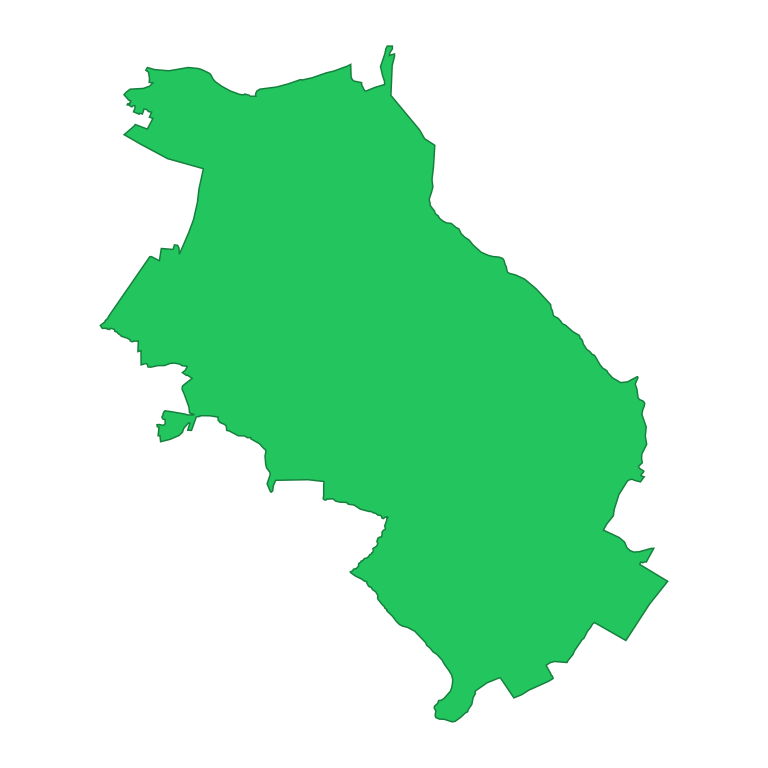 outline of Bocsa, Salaj, Romania
{"feature_id": "2599482B47822802505944", "entity_name": "Bocsa", "entity_type": "district", "adm_level": 2, "iso_a3": "ROU", "parent_name": "Romania", "parent_adm1": "Salaj", "projection": "equal_earth", "projection_center": [22.907, 47.29], "detail": "fine", "context": "isolated", "style": "filled", "palette": "green", "viewbox_px": 768, "rotation_deg": 0, "n_neighbors": 0, "source": "geoboundaries", "source_scale": "gbopen_adm2", "svg_char_len": 6066}
<svg xmlns="http://www.w3.org/2000/svg" viewBox="0 0 768 768"><path d="M513.9,697.9L521.9,694.6L529.0,690.1L548.9,681.1L553.1,678.5L552.4,676.2L550.9,674.8L550.9,673.9L546.1,665.4L550.1,662.7L554.4,661.5L567.0,662.5L568.0,660.5L573.0,654.4L574.5,650.8L582.2,639.6L583.9,638.3L587.5,631.3L590.6,627.4L592.3,624.4L594.4,622.5L625.9,640.5L649.6,604.0L667.7,581.3L639.7,564.4L640.7,562.1L642.6,562.8L644.6,561.9L646.3,562.0L653.8,548.3L650.8,548.5L639.4,551.7L633.9,552.1L630.0,550.5L626.9,547.7L624.5,542.0L619.1,537.5L603.4,530.1L606.7,524.1L613.3,515.9L614.3,509.2L618.9,494.6L627.5,480.9L630.1,479.5L632.3,479.3L634.6,480.4L640.4,481.9L644.2,476.8L641.1,475.9L641.2,474.6L643.8,471.7L643.7,471.0L640.3,468.9L639.2,467.9L638.5,466.4L642.3,462.8L641.6,458.5L641.8,454.1L646.7,444.3L645.3,436.3L646.2,426.9L641.9,414.4L642.7,410.1L644.2,406.2L644.7,403.5L644.1,402.2L642.7,400.8L639.8,399.7L638.1,398.0L637.0,389.5L635.2,384.0L638.0,377.7L637.5,376.7L637.0,376.8L627.3,381.9L620.6,382.6L612.5,377.8L608.0,372.9L607.0,370.9L604.6,369.1L603.3,368.7L600.3,365.2L594.9,355.9L593.7,354.9L592.1,354.4L590.2,351.9L586.7,349.3L583.3,344.0L582.5,340.8L581.3,338.9L580.0,338.1L579.8,336.5L579.1,335.3L572.8,331.6L565.3,325.0L563.3,324.3L561.7,323.0L561.1,321.6L558.0,318.2L553.9,316.1L553.2,314.8L552.3,310.5L551.0,307.9L550.6,304.5L536.3,289.0L524.7,279.2L515.7,275.0L509.2,273.3L507.7,272.4L506.9,270.5L506.3,266.7L505.1,264.6L504.1,260.6L502.6,258.4L499.0,257.1L492.6,256.5L488.1,255.3L481.1,252.2L472.8,244.7L469.1,240.0L465.0,237.4L461.3,233.9L458.9,228.9L456.1,227.5L451.2,223.4L446.5,222.9L443.0,221.1L439.7,218.5L438.2,215.9L435.4,213.8L434.4,210.9L430.1,205.4L430.1,203.0L429.3,200.2L429.5,198.0L431.3,193.0L432.9,187.0L432.0,179.6L433.5,166.7L434.8,145.3L424.6,138.7L419.5,129.8L390.9,95.4L392.2,65.7L394.6,55.9L394.5,53.9L389.3,55.5L390.1,52.3L392.4,48.9L392.4,46.1L387.2,46.1L385.8,49.0L384.9,53.7L380.5,66.7L382.6,75.7L384.5,81.3L384.6,84.5L374.7,87.5L365.9,91.1L365.0,90.9L364.0,89.6L361.6,84.6L361.6,82.6L353.7,81.0L352.1,79.3L351.1,77.0L350.7,64.4L347.4,66.1L333.7,71.1L326.5,72.8L312.1,77.8L302.7,79.9L300.2,79.7L288.5,83.8L276.6,87.0L259.7,89.2L256.7,91.2L255.5,94.1L255.9,96.2L250.1,96.2L249.1,95.2L244.7,94.0L244.0,94.8L239.9,94.5L230.2,90.9L221.6,86.2L215.2,81.6L213.0,79.0L210.5,74.2L209.0,73.1L201.5,69.5L198.2,68.5L188.1,67.5L168.9,70.8L154.6,69.6L147.4,67.5L145.8,70.3L148.2,71.9L148.7,73.0L149.5,78.6L149.2,82.4L152.9,82.9L149.6,86.2L143.4,88.4L130.1,89.2L126.2,92.2L124.0,94.7L128.5,99.9L130.8,100.9L130.9,101.3L129.8,102.6L129.8,103.6L127.5,103.9L127.2,104.9L129.0,105.0L131.2,106.7L132.0,106.8L133.3,105.6L134.8,105.6L135.1,107.9L133.5,111.8L139.1,114.2L139.5,113.3L142.4,114.0L144.1,108.8L145.3,109.1L147.5,110.1L148.2,111.5L151.6,112.2L149.4,117.2L152.9,118.4L147.3,129.1L135.2,124.5L134.2,126.0L124.1,134.7L140.6,144.2L167.7,158.7L203.4,168.7L199.0,188.8L197.4,202.4L193.5,219.7L188.8,232.4L179.7,253.5L179.3,253.6L179.0,248.3L178.2,246.3L177.5,245.3L174.4,244.9L173.3,249.1L172.5,249.4L161.3,248.5L159.4,260.8L151.4,256.6L149.8,256.7L111.2,312.6L108.2,317.1L108.1,318.0L105.2,320.7L105.1,321.7L100.3,325.5L102.3,328.4L107.0,328.3L107.3,329.2L109.7,329.5L110.1,328.4L110.8,328.3L114.1,329.3L114.8,330.1L114.8,331.3L117.3,332.3L118.2,333.6L120.8,335.4L121.2,336.2L127.4,338.2L130.2,339.9L130.3,341.0L132.5,341.8L133.9,341.1L138.3,341.2L137.9,351.6L141.0,350.7L141.1,364.9L145.6,363.5L147.4,364.5L147.9,366.9L150.7,367.2L158.0,365.6L164.3,365.6L170.3,363.4L174.6,363.1L180.0,364.2L182.0,365.7L187.1,366.3L187.1,366.9L185.1,370.4L182.4,372.6L186.4,375.4L187.3,375.1L192.1,378.3L183.1,385.5L182.3,386.5L182.1,389.4L184.3,394.2L189.0,407.4L189.5,412.8L193.9,414.5L193.4,415.0L187.0,414.9L185.3,414.1L170.2,411.5L165.0,410.8L164.2,411.4L162.9,414.1L163.1,415.0L161.9,417.0L162.8,419.0L165.0,419.4L165.2,423.3L164.4,424.8L162.8,425.3L159.4,424.5L157.0,424.7L157.2,426.7L159.0,427.2L158.1,435.7L160.0,435.8L160.6,441.7L170.3,439.3L179.2,435.4L182.4,432.3L183.8,428.3L188.4,423.0L189.9,423.1L187.7,430.2L191.5,430.4L196.3,417.0L196.7,416.8L199.9,416.4L200.1,415.7L204.4,415.7L210.0,415.8L218.1,417.1L218.1,420.1L220.0,422.5L224.7,424.5L226.2,425.9L226.7,430.4L229.3,431.0L238.4,435.8L244.4,435.9L247.7,437.8L250.6,437.4L250.8,438.8L259.4,443.7L264.2,448.9L265.2,449.2L265.9,451.6L265.0,456.0L265.7,464.4L266.7,468.1L269.6,471.9L270.2,473.4L270.0,475.3L267.1,483.8L270.5,491.8L271.4,492.1L272.7,490.8L273.3,485.9L275.7,480.3L307.9,479.7L323.8,481.5L324.1,482.2L323.7,484.3L323.7,495.1L323.2,498.8L324.6,500.0L325.9,500.0L327.1,499.1L333.2,498.9L335.8,501.2L340.3,502.2L346.0,502.4L347.9,503.5L348.2,504.2L354.0,505.0L360.4,509.2L369.5,511.6L370.7,511.4L373.8,513.0L375.6,513.3L377.9,515.1L380.5,515.4L381.6,516.4L381.8,517.8L382.4,518.3L383.6,518.6L384.7,517.3L387.4,516.9L387.9,517.3L386.8,518.5L386.6,520.7L384.6,526.1L385.4,528.0L385.2,529.2L383.1,530.6L382.0,532.2L382.1,534.3L381.6,536.9L379.7,537.1L377.9,538.2L376.9,541.3L377.7,543.6L377.1,545.5L375.5,547.0L372.9,548.5L373.3,550.5L372.9,552.2L371.7,553.0L371.6,553.7L369.6,554.8L368.5,556.8L366.1,558.3L364.4,558.5L362.7,560.6L361.2,561.0L360.7,562.3L359.4,562.9L358.5,564.1L358.6,566.1L356.3,568.5L353.5,569.2L352.6,570.8L350.3,571.9L350.6,572.6L355.5,576.1L361.7,579.1L364.0,580.9L366.6,581.7L367.0,583.5L368.5,586.1L369.5,586.9L371.0,587.1L372.5,589.6L375.8,591.9L378.1,596.1L377.5,597.3L378.1,599.5L382.9,605.4L384.1,606.3L384.9,608.2L387.0,609.5L386.7,610.7L392.5,616.3L396.2,621.2L399.4,624.5L402.6,626.1L407.3,627.3L414.6,631.1L425.7,642.7L426.8,645.5L429.7,647.7L433.1,651.9L436.9,654.4L442.0,660.0L444.8,664.9L448.3,669.6L451.6,674.9L452.7,679.6L452.6,682.1L451.8,687.2L450.5,691.1L443.8,698.7L440.9,700.4L438.9,700.4L438.4,701.0L437.7,703.3L434.5,706.2L434.2,708.0L435.9,711.0L435.2,714.8L435.3,716.3L435.9,717.6L439.4,719.1L444.3,719.3L452.3,721.9L455.2,721.3L460.6,717.4L465.6,712.7L467.5,711.9L468.0,711.1L467.9,710.1L471.8,704.4L473.1,697.6L475.4,693.6L474.9,692.1L475.8,690.7L486.9,682.9L499.6,677.7L500.7,678.3L513.9,697.9Z" fill="#22c55e" stroke="#15803d" stroke-width="1.5"/></svg>